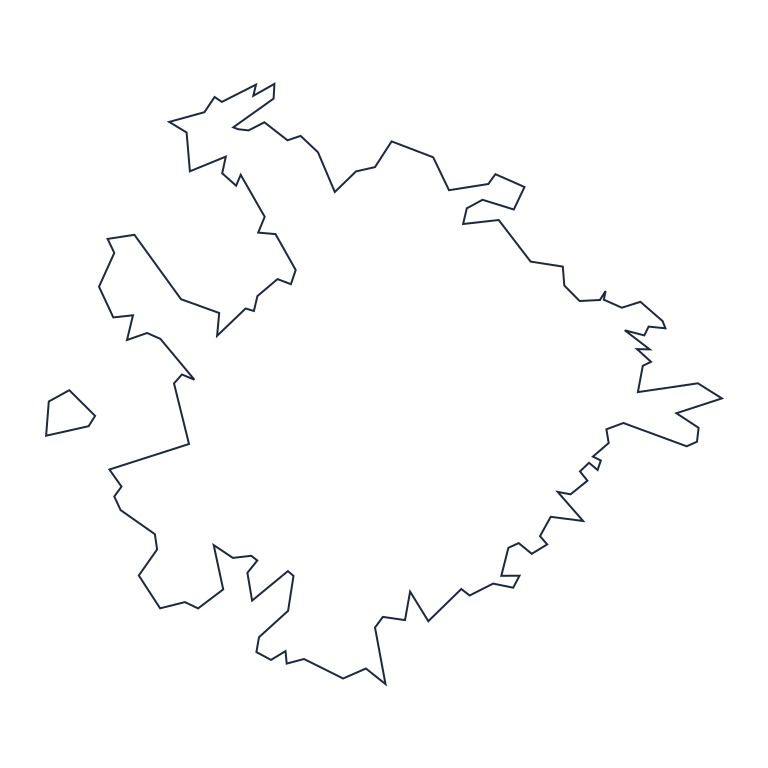 the district of Chiautla, Puebla, Mexico
{"feature_id": "50627088B89573035265708", "entity_name": "Chiautla", "entity_type": "district", "adm_level": 2, "iso_a3": "MEX", "parent_name": "Mexico", "parent_adm1": "Puebla", "projection": "orthographic", "projection_center": [-98.6, 18.284], "detail": "medium", "context": "isolated", "style": "outline", "palette": "slate", "viewbox_px": 768, "rotation_deg": 0, "n_neighbors": 0, "source": "geoboundaries", "source_scale": "gbopen_adm2", "svg_char_len": 1916}
<svg xmlns="http://www.w3.org/2000/svg" viewBox="0 0 768 768"><path d="M169.2,121.9L186.6,132.5L189.9,171.3L225.8,156.6L222.2,173.3L236.1,185.7L240.7,174.8L264.7,216.8L258.2,232.6L275.5,234.1L295.7,270.0L290.9,284.2L277.5,279.1L257.4,296.1L253.9,311.0L245.6,308.5L217.1,335.8L219.2,313.0L181.0,299.2L134.4,234.8L107.6,238.9L114.3,252.9L99.0,286.7L113.3,317.4L133.0,315.3L127.0,340.0L147.1,333.0L160.4,338.9L194.4,379.7L181.9,374.5L174.0,383.4L189.0,444.0L109.4,469.5L121.5,486.6L114.3,496.5L120.6,510.1L154.9,534.2L157.1,549.5L138.8,575.5L160.1,608.3L184.9,602.1L198.1,608.4L223.2,589.4L213.7,545.1L232.9,557.9L251.3,555.8L257.3,560.5L247.4,572.8L252.1,600.6L287.9,571.1L293.5,575.9L288.1,610.8L259.0,637.2L256.4,652.1L271.0,659.9L285.5,651.1L286.7,663.6L304.0,659.0L343.1,678.5L365.9,668.5L385.5,684.1L375.0,627.5L382.9,616.9L405.0,620.1L410.1,591.6L428.3,621.2L461.3,589.0L469.6,595.5L493.1,583.6L513.2,587.7L519.5,575.7L501.3,575.8L508.4,547.8L518.7,543.1L531.7,553.8L547.2,544.4L540.0,536.2L550.7,516.8L583.1,521.0L557.7,491.9L570.6,494.3L587.4,480.7L580.0,471.4L589.0,462.8L597.6,470.0L600.8,460.5L592.9,456.6L608.7,443.0L606.4,429.3L623.4,423.0L686.7,446.3L697.0,441.7L698.6,427.8L676.4,413.2L721.9,398.4L697.9,383.3L637.9,392.1L642.8,365.8L651.0,361.8L637.0,349.1L649.7,349.4L624.8,330.3L644.3,335.4L648.6,326.6L665.4,328.3L662.6,321.1L640.4,301.8L621.8,307.7L603.8,299.7L605.6,291.0L599.9,300.0L579.6,301.0L564.3,285.5L562.8,266.6L530.6,261.6L498.7,220.0L463.1,224.0L466.8,208.3L482.5,199.8L513.8,209.5L524.5,187.0L495.4,174.2L488.3,184.0L449.0,190.2L433.2,157.3L391.6,141.4L375.0,167.1L356.0,171.4L334.8,192.0L318.0,152.3L300.6,135.9L287.5,140.3L264.4,122.3L248.6,130.4L238.0,129.2L233.3,127.3L273.6,98.6L274.4,83.9L253.3,95.8L256.0,84.6L221.9,101.9L214.6,97.0L204.4,112.2L169.2,121.9ZM69.3,390.2L48.8,401.5L46.1,435.7L88.6,426.2L95.1,415.9L69.3,390.2Z" fill="none" stroke="#1e293b" stroke-width="2"/></svg>